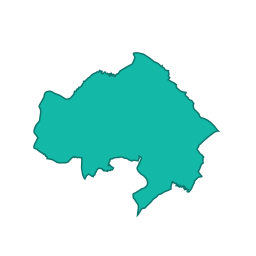 outline of Non Thai, Nakhon Ratchasima, Thailand, rotated 214°
{"feature_id": "78962969B14753651258608", "entity_name": "Non Thai", "entity_type": "district", "adm_level": 2, "iso_a3": "THA", "parent_name": "Thailand", "parent_adm1": "Nakhon Ratchasima", "projection": "mercator", "projection_center": [102.011, 15.192], "detail": "fine", "context": "isolated", "style": "filled", "palette": "teal", "viewbox_px": 256, "rotation_deg": 214, "n_neighbors": 0, "source": "geoboundaries", "source_scale": "gbopen_adm2", "svg_char_len": 5785}
<svg xmlns="http://www.w3.org/2000/svg" viewBox="0 0 256 256"><g transform="rotate(214 128 128)"><path d="M51.6,176.0L53.5,176.4L57.2,177.7L62.6,178.8L64.1,178.9L66.5,178.9L70.1,178.4L71.0,178.2L73.1,177.3L73.9,177.3L75.0,177.8L77.2,179.3L78.9,179.7L82.9,180.4L84.3,180.8L86.5,183.0L87.0,184.5L87.3,184.7L87.3,185.2L88.6,185.6L89.6,185.8L90.3,186.3L91.2,186.2L91.8,185.8L92.3,185.9L94.3,185.8L94.8,186.5L97.9,186.9L99.1,187.4L99.7,188.5L99.5,189.6L99.8,189.9L103.9,188.1L105.8,188.0L109.8,188.5L110.8,189.0L111.8,189.9L112.1,190.9L113.9,190.8L113.9,191.1L114.5,191.2L115.4,190.9L116.9,190.9L117.8,190.7L119.4,190.7L119.9,190.4L121.1,190.6L121.6,190.4L121.8,191.0L121.5,193.0L122.9,193.4L123.9,193.9L124.1,195.5L126.1,197.4L126.4,198.1L129.2,196.9L132.1,197.9L133.4,197.8L134.0,198.1L134.3,198.1L134.5,198.6L135.2,197.4L136.7,198.0L139.4,198.3L143.4,197.6L143.8,197.3L144.3,197.6L149.1,198.0L156.0,197.9L157.5,197.5L161.1,196.1L162.6,195.3L164.7,193.7L165.1,193.1L164.9,192.3L162.5,191.0L161.9,190.4L161.5,189.8L160.3,184.3L160.4,183.2L160.8,182.1L161.3,181.5L163.5,177.3L166.4,171.0L166.5,170.5L166.5,168.7L166.2,167.8L166.9,167.2L167.3,166.3L167.6,166.1L167.6,165.1L167.8,165.0L167.9,164.8L167.5,163.5L167.8,163.3L168.5,164.1L169.1,163.8L169.5,164.3L169.9,164.4L170.0,164.0L170.4,163.7L170.2,163.5L169.8,163.5L169.7,163.2L170.0,162.9L170.1,162.5L170.6,162.4L171.6,162.9L171.3,163.2L171.4,163.5L171.8,163.6L172.3,164.1L172.6,164.1L172.7,163.7L172.5,163.2L173.7,162.6L173.7,162.4L172.9,162.0L172.7,161.7L172.1,161.6L172.0,161.3L172.2,161.0L172.7,161.0L173.7,161.7L174.3,161.3L175.3,161.8L175.7,161.7L175.7,161.3L176.3,160.8L178.4,161.6L178.9,160.7L178.8,160.2L178.9,159.4L179.7,158.6L180.3,158.6L180.7,158.9L180.9,160.1L181.3,160.5L182.1,160.0L182.4,159.5L183.6,160.0L183.8,159.3L183.5,158.4L183.8,158.1L183.9,157.6L184.9,157.4L185.5,155.9L187.2,153.2L188.0,150.4L188.1,149.0L188.9,147.2L190.0,142.5L190.9,141.8L190.1,140.9L190.3,138.5L189.8,137.3L190.2,137.0L190.0,136.0L190.2,135.4L191.0,134.7L191.3,134.3L191.4,133.8L191.1,133.6L191.0,132.6L191.6,132.4L191.9,131.9L191.9,131.4L192.1,131.2L192.0,130.9L191.5,129.3L192.0,128.9L192.6,128.8L192.8,128.5L192.3,127.0L191.8,126.2L191.8,125.4L192.3,121.3L192.8,119.6L194.8,117.7L195.8,117.1L202.8,116.9L208.3,115.6L210.5,115.5L213.0,115.0L214.6,113.8L215.6,112.7L216.3,110.8L215.9,108.7L215.0,106.9L214.5,102.4L214.2,98.0L214.0,96.9L213.5,95.9L210.8,94.5L210.5,93.8L209.8,93.1L208.8,91.6L205.4,84.5L205.8,78.6L205.3,76.5L205.4,76.0L204.3,73.1L203.8,72.3L202.9,71.5L200.3,70.8L197.1,69.4L197.1,68.2L196.3,62.3L196.0,61.3L195.6,59.7L194.3,58.8L193.8,59.0L191.6,59.6L190.3,59.3L187.4,59.1L185.2,59.2L184.5,59.6L183.4,58.9L183.0,59.4L182.3,59.7L181.9,59.3L181.6,59.5L181.2,59.3L181.1,59.0L180.3,58.6L179.0,58.9L178.3,58.2L178.3,57.7L177.9,57.4L177.7,57.7L177.2,57.7L176.5,58.1L174.0,59.0L173.8,59.2L173.8,59.4L167.8,59.9L166.7,60.1L165.0,61.0L159.9,64.6L159.2,65.6L158.7,66.5L157.6,73.1L155.8,73.7L155.7,74.7L153.6,75.0L152.8,75.8L150.6,76.9L150.2,77.4L149.8,77.5L148.1,75.4L144.7,69.7L143.1,67.8L139.4,63.9L136.5,62.0L135.3,61.7L135.6,63.3L135.5,64.4L135.8,65.1L134.8,67.8L132.5,67.9L131.6,67.8L130.6,67.9L129.6,68.3L129.9,68.8L129.9,69.2L129.4,70.6L129.7,71.8L130.1,72.5L129.9,74.0L130.2,74.6L130.2,76.4L130.0,77.7L129.4,78.6L128.3,78.9L127.5,79.5L126.5,79.7L126.3,79.7L126.3,79.4L124.6,78.9L124.4,79.6L123.4,79.4L122.1,80.4L120.9,80.5L121.0,81.0L121.0,81.7L120.6,81.8L120.5,81.6L120.2,81.8L119.8,82.5L119.0,82.8L118.8,83.9L117.8,84.2L117.8,85.3L117.6,85.7L117.8,86.8L120.6,86.7L122.3,87.2L122.6,86.1L123.4,85.8L123.5,87.4L124.2,87.5L124.4,88.5L124.4,90.0L124.7,90.2L125.3,92.2L123.8,93.7L122.7,95.7L120.4,97.6L118.9,98.7L116.9,100.7L113.9,101.0L112.9,101.7L111.2,102.3L109.8,102.1L106.5,102.7L106.3,102.8L106.1,103.7L105.6,104.2L103.1,105.6L101.3,106.3L101.9,109.3L102.4,109.8L103.1,110.9L102.4,111.0L100.5,110.9L99.9,110.4L99.4,108.7L99.5,108.6L99.2,107.1L99.0,105.2L98.8,105.3L98.4,103.7L98.7,103.6L98.4,102.5L98.3,100.3L97.4,99.1L95.9,98.2L93.9,97.5L91.3,97.1L88.6,97.2L85.1,96.5L84.0,96.0L83.0,95.4L81.7,94.2L80.7,92.9L80.2,91.6L80.1,90.6L80.8,87.6L82.7,85.0L85.3,78.9L86.6,76.7L86.8,76.0L84.6,73.1L82.0,72.3L79.0,70.9L76.9,70.2L76.4,69.9L74.7,67.6L71.4,61.1L71.2,62.6L71.5,68.5L71.0,69.4L69.5,70.9L69.1,71.5L68.9,73.6L67.6,79.5L67.4,82.6L65.7,87.4L65.7,89.1L65.4,89.8L63.8,91.8L62.1,95.6L59.9,98.6L58.3,101.5L59.2,102.7L59.5,103.3L60.2,105.0L60.6,106.7L61.3,107.9L61.2,108.2L60.8,108.4L60.5,107.9L60.3,108.5L59.9,108.4L59.9,108.1L58.8,108.2L58.4,108.5L58.0,108.4L57.5,108.9L56.7,109.1L56.2,108.1L55.9,108.1L56.0,107.7L55.8,107.7L55.7,107.5L55.9,107.4L55.8,107.1L54.7,107.7L55.0,108.1L54.4,108.7L54.5,109.0L54.4,109.1L54.2,108.9L54.1,108.5L53.4,107.9L53.1,108.0L53.0,107.8L52.4,107.8L52.3,108.0L52.6,108.4L52.6,108.7L52.2,109.2L52.1,109.7L51.8,109.5L51.7,109.1L50.7,108.8L50.6,109.2L50.2,109.4L50.3,109.7L50.0,110.2L49.7,110.0L49.5,110.3L49.2,110.2L49.2,110.5L48.5,109.8L48.2,110.4L48.5,110.8L48.0,110.6L47.9,110.9L47.7,111.0L47.5,110.9L47.3,110.4L46.8,110.2L47.1,109.3L47.5,109.2L47.4,109.0L47.0,109.0L46.4,109.5L46.2,109.5L46.2,109.0L45.6,109.6L45.6,110.2L45.3,110.5L44.4,110.2L43.8,110.5L43.8,110.0L43.5,109.6L43.8,109.1L43.8,108.9L43.6,108.7L43.2,108.7L42.8,108.4L42.5,108.5L41.7,109.3L41.5,111.2L41.5,113.3L42.4,118.5L42.4,119.5L43.3,121.3L43.0,121.4L43.0,122.8L42.7,123.6L42.3,126.1L41.9,126.9L40.1,128.4L39.7,128.9L39.7,129.2L40.0,129.3L41.5,129.6L45.0,130.9L45.4,131.1L45.6,133.4L46.7,138.7L46.7,139.3L46.1,141.0L47.3,142.3L48.4,144.2L49.1,144.7L49.0,146.2L49.4,146.5L50.2,146.5L52.0,147.1L53.4,146.9L53.9,147.0L58.6,148.8L59.0,149.2L59.1,152.3L59.7,152.9L59.7,153.6L59.4,154.0L58.9,155.9L58.2,159.4L56.6,165.3L54.2,172.5L53.5,173.8L52.6,174.7L52.1,175.8L51.6,176.0Z" fill="#14b8a6" stroke="#0f766e" stroke-width="1.5"/></g></svg>